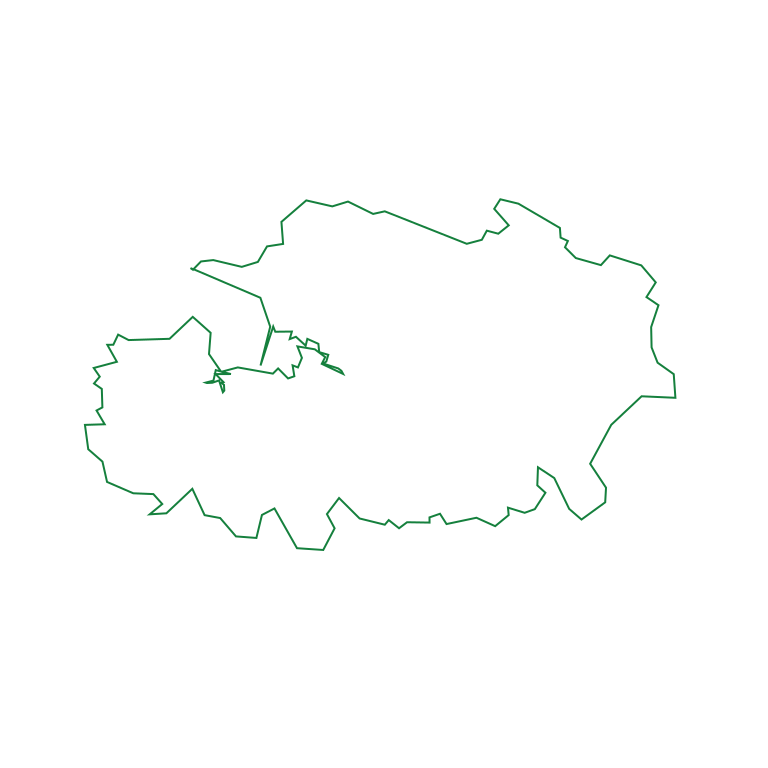 Dungarvan Lea-6, Waterford, Ireland, rotated 207°
{"feature_id": "5873133B99301396189175", "entity_name": "Dungarvan Lea-6", "entity_type": "district", "adm_level": 2, "iso_a3": "IRL", "parent_name": "Ireland", "parent_adm1": "Waterford", "projection": "robinson", "projection_center": [-7.659, 52.063], "detail": "medium", "context": "isolated", "style": "outline", "palette": "green", "viewbox_px": 768, "rotation_deg": 207, "n_neighbors": 0, "source": "geoboundaries", "source_scale": "gbopen_adm2", "svg_char_len": 1967}
<svg xmlns="http://www.w3.org/2000/svg" viewBox="0 0 768 768"><g transform="rotate(207 384 384)"><path d="M175.2,578.8L189.6,580.6L188.0,597.9L208.6,606.5L241.2,601.1L244.7,588.4L270.3,583.3L284.8,588.0L285.1,594.9L293.1,594.6L298.1,602.9L346.1,605.7L364.2,601.4L365.3,590.1L344.9,582.0L350.4,569.8L362.0,567.3L362.3,556.9L373.9,546.5L461.7,538.2L470.9,530.6L498.9,530.2L510.7,518.8L536.6,512.3L549.0,481.9L537.5,463.0L550.7,453.5L551.8,435.5L563.9,423.8L592.4,416.9L602.7,410.1L605.9,399.8L533.3,404.7L511.4,383.4L502.4,344.4L508.8,384.9L504.6,381.2L489.9,388.9L488.4,381.2L483.9,386.1L471.2,382.6L472.8,389.4L460.7,390.0L456.2,383.0L446.9,384.7L445.6,377.8L447.6,374.6L431.8,377.1L427.9,376.4L425.0,374.4L448.6,373.7L448.6,381.3L461.4,383.5L478.2,378.2L469.0,370.0L468.2,359.7L473.9,359.1L467.4,350.2L472.0,345.4L485.4,349.8L487.7,342.8L521.8,332.4L534.4,321.1L524.9,323.4L538.5,316.4L527.9,312.8L529.5,311.3L526.2,310.6L523.3,305.6L523.8,303.5L532.6,312.3L537.5,307.2L542.2,304.5L543.5,304.3L537.5,309.6L540.2,320.0L534.9,321.1L553.5,331.2L561.7,350.9L584.9,357.0L595.6,326.9L631.5,307.2L643.3,307.3L643.0,296.1L648.3,293.3L632.1,282.5L649.9,266.5L640.6,261.5L642.6,252.8L633.2,251.5L624.3,235.3L628.1,229.9L614.6,221.3L631.9,211.8L617.9,191.6L599.6,187.0L586.3,171.0L557.8,172.8L539.5,181.2L527.1,176.4L533.6,161.5L519.2,170.0L507.2,203.6L484.3,185.7L469.1,190.2L446.7,181.0L427.8,188.9L433.3,211.9L425.1,223.4L387.0,198.2L362.8,208.5L362.5,233.0L375.8,242.2L372.3,262.0L344.7,253.1L319.4,259.0L318.0,264.9L305.1,262.3L300.7,271.3L280.5,281.2L282.9,285.8L275.2,293.8L264.7,287.6L240.9,306.8L220.4,307.8L213.4,323.8L217.4,330.1L200.2,333.1L192.8,341.0L190.8,360.4L201.4,363.3L209.0,379.7L189.6,377.5L162.3,356.8L146.5,352.9L133.2,379.0L139.1,392.4L164.1,406.5L163.0,450.8L148.9,490.0L118.1,504.0L130.3,524.3L149.9,527.2L162.2,538.1L171.8,556.0L175.2,578.8ZM606.4,399.6L609.0,399.4L606.3,399.1L606.4,399.6Z" fill="none" stroke="#15803d" stroke-width="2"/></g></svg>